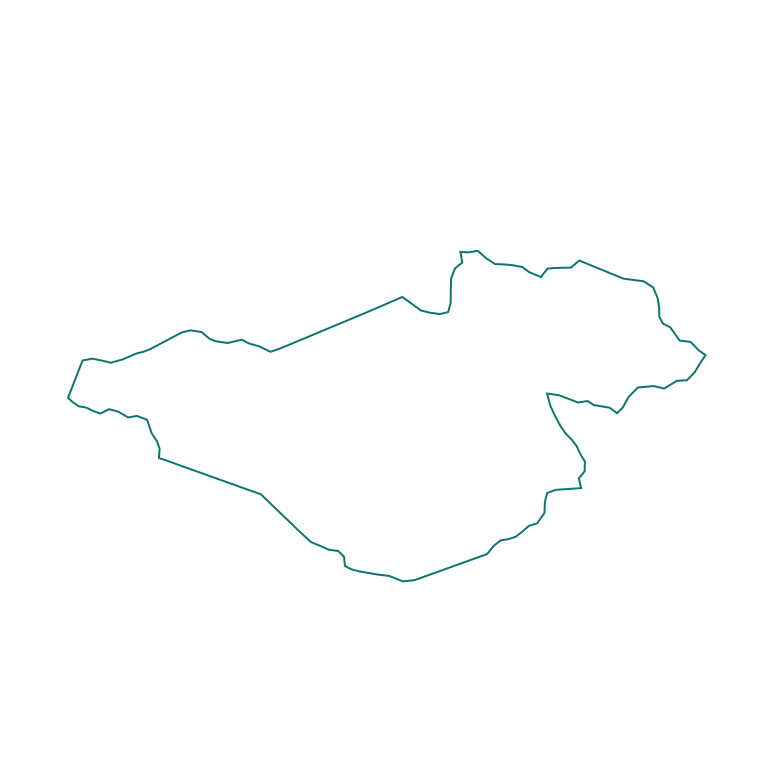 Três Coroas, Rio Grande do Sul, Brazil, rotated 20°
{"feature_id": "56859067B74226062291931", "entity_name": "Três Coroas", "entity_type": "district", "adm_level": 2, "iso_a3": "BRA", "parent_name": "Brazil", "parent_adm1": "Rio Grande do Sul", "projection": "robinson", "projection_center": [-50.767, -29.471], "detail": "fine", "context": "isolated", "style": "outline", "palette": "teal", "viewbox_px": 768, "rotation_deg": 20, "n_neighbors": 0, "source": "geoboundaries", "source_scale": "gbopen_adm2", "svg_char_len": 1758}
<svg xmlns="http://www.w3.org/2000/svg" viewBox="0 0 768 768"><g transform="rotate(20 384 384)"><path d="M371.5,295.9L342.6,323.2L274.2,386.2L266.3,392.6L253.9,391.3L243.1,392.1L235.2,391.0L223.2,398.9L211.2,401.4L204.3,401.1L195.0,397.6L183.7,399.8L176.2,404.9L171.0,410.6L152.3,431.3L146.8,436.1L141.0,439.9L129.6,450.6L120.1,457.4L111.0,458.5L101.3,459.9L92.7,465.0L91.8,505.0L98.0,507.7L104.9,509.3L112.1,508.0L120.0,508.8L127.6,508.8L134.3,501.7L143.7,500.9L155.1,502.9L162.7,498.5L173.6,498.7L182.6,509.8L190.4,515.6L195.3,521.6L197.8,530.6L204.7,530.3L219.5,530.3L306.1,529.8L333.6,542.0L345.6,547.2L352.0,550.2L369.4,557.5L380.2,558.0L389.0,558.6L398.0,556.6L405.5,560.0L409.6,568.4L416.7,569.3L424.6,568.6L443.8,565.1L454.4,562.6L469.2,563.0L479.6,558.0L499.6,541.4L508.6,533.9L516.5,527.3L539.1,508.5L542.3,499.0L547.0,491.1L554.2,487.1L560.1,482.4L564.8,474.8L568.7,467.7L575.6,462.5L578.9,450.4L575.6,439.9L574.5,430.8L581.4,424.8L604.9,414.4L599.4,406.2L602.4,397.3L599.2,388.0L593.0,383.2L586.5,376.7L579.3,372.0L571.5,368.4L564.3,363.2L555.7,355.6L547.7,347.5L540.5,337.2L552.1,334.7L572.7,335.0L581.0,330.4L588.6,332.0L604.1,329.1L613.1,331.7L616.5,324.1L618.2,312.9L623.7,300.5L638.2,293.7L648.7,292.5L658.1,280.9L667.4,276.8L671.9,266.8L674.1,255.8L676.2,246.9L668.3,244.7L657.7,239.6L647.0,242.1L633.6,232.8L625.6,231.9L619.8,226.8L616.5,218.3L611.5,209.4L603.9,201.2L592.7,198.7L573.1,203.1L525.3,201.2L519.8,210.7L505.0,216.5L498.1,219.7L494.9,229.8L482.3,229.3L474.0,226.8L463.8,228.5L456.9,230.3L447.2,233.3L436.6,230.8L426.6,226.8L418.3,231.4L410.7,233.8L416.0,243.1L411.2,251.0L411.0,261.8L414.6,272.9L418.9,284.9L419.7,294.5L412.5,299.2L402.9,301.3L393.6,302.3L371.5,295.9Z" fill="none" stroke="#0f766e" stroke-width="2"/></g></svg>